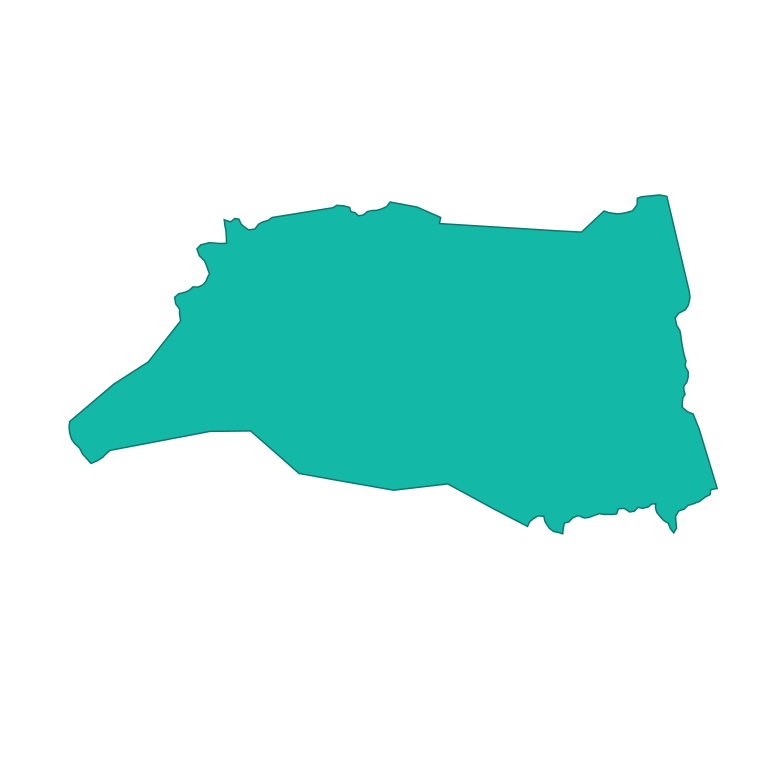 Mairi, Bahia, Brazil, rotated 173°
{"feature_id": "56859067B37301290219198", "entity_name": "Mairi", "entity_type": "district", "adm_level": 2, "iso_a3": "BRA", "parent_name": "Brazil", "parent_adm1": "Bahia", "projection": "mercator", "projection_center": [-40.194, -11.719], "detail": "fine", "context": "isolated", "style": "filled", "palette": "teal", "viewbox_px": 768, "rotation_deg": 173, "n_neighbors": 0, "source": "geoboundaries", "source_scale": "gbopen_adm2", "svg_char_len": 2222}
<svg xmlns="http://www.w3.org/2000/svg" viewBox="0 0 768 768"><g transform="rotate(173 384 384)"><path d="M522.6,566.5L522.6,560.1L522.2,555.5L522.6,548.6L523.2,542.8L530.0,543.5L540.1,545.6L549.0,544.4L553.2,540.9L551.7,533.9L547.2,528.2L545.9,523.8L544.9,519.3L543.8,514.6L546.1,511.4L548.2,507.6L551.5,504.6L556.8,502.8L561.8,503.7L566.0,500.6L570.1,499.4L576.9,498.5L581.2,495.6L581.0,489.0L577.8,483.2L578.4,478.0L578.2,471.4L615.3,434.6L652.1,416.9L700.5,385.1L701.8,380.1L702.0,374.0L700.9,367.4L698.4,362.8L693.9,357.4L691.7,351.1L688.0,346.0L684.5,340.8L677.9,342.8L672.3,345.4L667.9,348.9L664.1,351.5L562.6,358.2L522.2,353.7L497.1,325.7L479.3,305.6L443.2,294.4L387.3,277.4L333.0,277.1L320.2,268.0L290.1,246.5L258.9,225.1L256.6,229.2L252.2,232.1L247.2,234.3L241.4,233.2L241.2,228.8L239.5,224.5L237.2,220.3L233.7,217.0L228.7,215.3L224.9,213.5L223.6,218.8L222.0,224.0L217.5,224.5L212.9,228.2L207.1,229.7L201.5,226.6L196.9,226.6L191.1,228.0L186.0,229.1L181.7,227.7L177.6,227.3L173.6,226.7L169.0,226.7L166.5,231.6L160.6,231.2L155.7,227.0L150.9,227.3L146.8,230.6L142.5,229.1L136.7,229.7L133.0,232.3L129.0,231.9L129.6,227.7L128.9,223.4L126.0,218.6L123.2,214.6L118.9,211.2L117.4,205.6L114.6,200.9L111.2,205.2L111.0,211.8L110.7,217.2L107.0,222.0L100.9,223.4L97.3,226.4L91.1,227.5L84.9,229.1L79.0,232.6L73.7,234.5L72.6,239.3L66.0,239.7L76.7,301.0L80.8,316.6L86.0,319.4L90.9,324.6L90.0,330.0L89.0,333.9L86.4,337.1L87.1,341.0L86.6,345.4L83.1,349.1L81.3,353.6L80.5,358.9L83.0,365.3L81.5,369.8L82.5,375.5L83.2,384.1L83.5,391.5L83.5,396.5L83.8,400.9L86.2,406.1L87.0,414.0L82.7,418.4L75.9,420.9L72.5,424.9L70.9,428.9L69.7,433.0L69.7,438.3L80.4,535.8L87.5,538.1L98.6,538.3L105.7,538.5L109.9,537.5L111.0,530.9L116.3,525.6L123.6,524.5L128.1,524.3L132.0,524.5L136.1,525.6L140.0,526.7L144.5,528.9L169.4,510.7L194.3,515.1L309.5,536.5L307.4,542.4L329.7,555.6L355.8,563.9L359.8,559.7L365.8,557.9L370.1,557.3L375.2,557.6L379.5,557.1L384.3,554.2L388.9,554.1L391.8,557.6L395.8,559.0L396.6,563.5L402.4,565.8L409.0,567.1L413.1,565.2L474.8,562.9L479.4,560.4L484.3,559.7L489.0,557.9L493.2,553.6L499.5,553.4L502.5,556.0L506.3,560.0L508.0,565.4L511.8,566.5L516.4,563.6L522.6,566.5Z" fill="#14b8a6" stroke="#0f766e" stroke-width="1.5"/></g></svg>